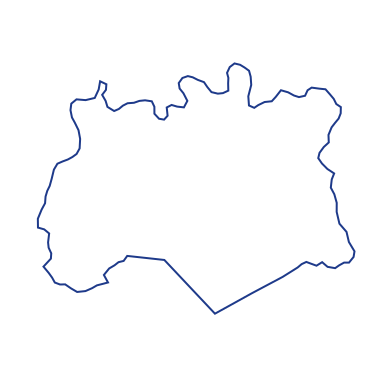 outline of Ouro Verde, Santa Catarina, Brazil, rotated 174°
{"feature_id": "56859067B85493452784852", "entity_name": "Ouro Verde", "entity_type": "district", "adm_level": 2, "iso_a3": "BRA", "parent_name": "Brazil", "parent_adm1": "Santa Catarina", "projection": "orthographic", "projection_center": [-52.278, -26.711], "detail": "fine", "context": "isolated", "style": "outline", "palette": "blue", "viewbox_px": 384, "rotation_deg": 174, "n_neighbors": 0, "source": "geoboundaries", "source_scale": "gbopen_adm2", "svg_char_len": 1986}
<svg xmlns="http://www.w3.org/2000/svg" viewBox="0 0 384 384"><g transform="rotate(174 192 192)"><path d="M36.6,116.0L41.2,125.9L42.5,136.2L48.7,145.1L50.2,157.1L49.2,166.1L50.7,174.9L53.5,181.8L51.7,189.9L48.7,195.6L55.0,200.8L59.8,206.8L62.9,212.5L61.1,217.6L56.2,223.0L50.8,227.0L50.3,234.5L46.4,241.7L42.6,245.7L38.5,249.7L35.9,254.7L35.1,260.9L39.3,264.4L41.3,269.8L44.6,274.7L48.5,280.2L54.7,281.5L62.1,283.3L66.4,281.1L69.5,275.9L75.7,275.2L80.5,277.3L86.0,281.1L92.9,283.9L98.8,277.8L103.2,273.9L110.4,273.9L117.0,271.5L121.3,269.2L126.3,272.1L126.0,281.3L121.9,292.3L121.6,300.5L122.6,306.6L126.7,310.3L130.9,313.5L136.3,315.4L141.4,312.3L144.7,306.8L143.9,301.7L144.7,296.3L145.3,289.0L150.9,287.1L156.0,287.1L162.2,289.3L165.8,294.8L168.6,300.0L174.5,302.9L179.3,306.0L184.0,307.7L189.6,306.4L193.8,301.7L193.5,296.2L190.2,291.1L187.1,283.1L191.2,277.0L197.9,278.5L203.2,280.7L208.3,278.7L208.3,270.4L212.2,266.9L217.1,268.3L221.2,273.8L220.5,280.7L222.5,286.4L229.1,288.1L234.8,288.1L240.4,286.8L246.8,287.0L251.7,285.1L256.1,282.2L261.0,280.7L267.2,285.5L268.4,291.7L271.2,298.0L266.9,302.6L265.9,308.1L271.8,311.7L274.1,303.7L278.9,295.7L288.2,294.5L297.2,296.2L302.8,292.5L304.3,286.1L303.6,278.7L301.3,273.2L298.4,265.3L297.7,256.5L299.2,247.1L302.8,241.9L307.3,239.3L312.1,237.3L317.5,235.9L322.9,234.2L327.0,228.7L330.1,220.0L332.9,212.9L335.8,208.3L338.1,202.8L339.3,196.2L343.4,190.2L348.1,181.5L348.9,172.7L342.9,170.3L338.4,165.7L340.4,156.9L340.4,151.6L338.4,145.7L339.3,140.5L347.5,133.3L342.9,126.4L340.1,121.5L337.9,116.3L332.9,113.8L327.8,113.4L322.4,108.8L316.7,104.6L308.3,104.6L301.4,106.8L296.3,109.1L290.1,110.0L285.0,110.8L288.3,118.7L282.4,124.6L276.7,127.2L272.4,129.9L267.2,130.6L263.1,135.2L226.6,127.3L181.9,68.6L143.4,84.9L129.8,90.4L110.7,98.1L94.8,105.9L90.5,108.8L85.6,110.5L81.0,108.2L75.9,105.7L69.9,108.6L65.0,103.4L57.6,101.3L53.3,103.7L48.1,105.9L43.2,105.4L38.1,110.5L36.6,116.0Z" fill="none" stroke="#1e3a8a" stroke-width="2"/></g></svg>